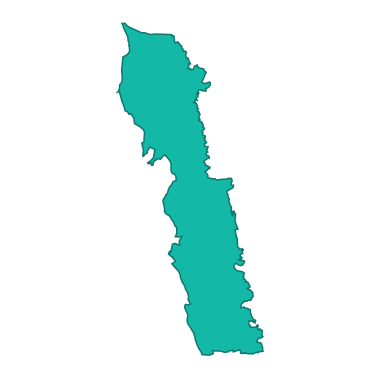 Mitrofani, Vâlcea, Romania, rotated 6°
{"feature_id": "2599482B9643325604884", "entity_name": "Mitrofani", "entity_type": "district", "adm_level": 2, "iso_a3": "ROU", "parent_name": "Romania", "parent_adm1": "Vâlcea", "projection": "orthographic", "projection_center": [24.201, 44.748], "detail": "fine", "context": "isolated", "style": "filled", "palette": "teal", "viewbox_px": 384, "rotation_deg": 6, "n_neighbors": 0, "source": "geoboundaries", "source_scale": "gbopen_adm2", "svg_char_len": 6075}
<svg xmlns="http://www.w3.org/2000/svg" viewBox="0 0 384 384"><g transform="rotate(6 192 192)"><path d="M270.3,345.9L273.4,344.6L274.6,344.8L274.5,344.2L274.9,344.0L279.3,343.0L279.2,342.4L278.7,342.1L278.4,338.8L277.3,337.2L277.2,336.1L276.1,334.8L274.1,334.6L273.5,335.0L272.1,334.3L273.2,330.7L274.0,330.0L275.6,330.3L276.3,329.2L277.1,329.1L277.5,328.4L277.0,328.2L276.4,325.7L276.4,322.5L275.7,322.6L274.4,321.2L273.2,321.3L273.0,322.0L271.6,321.5L271.7,320.9L271.2,319.9L271.9,318.5L271.2,317.3L270.3,318.1L269.8,319.7L269.1,320.0L264.1,320.3L263.7,318.4L262.5,318.3L262.2,317.8L262.1,314.1L264.7,314.4L265.8,314.0L266.9,315.3L268.1,314.8L268.4,315.3L268.7,313.3L268.3,312.8L266.5,312.7L265.3,310.6L264.3,309.6L262.4,304.9L262.3,303.0L258.4,301.8L256.7,301.9L255.9,301.0L252.6,301.9L252.0,300.9L252.9,299.4L252.9,298.3L254.5,296.5L254.9,295.4L256.2,295.4L256.9,294.7L257.9,294.9L257.9,294.6L261.2,293.1L261.4,293.6L262.2,292.9L262.3,291.3L263.8,289.5L262.9,285.7L260.1,283.3L259.2,283.3L258.1,282.3L257.2,282.7L256.8,282.0L257.9,281.7L259.6,280.4L259.2,278.9L258.3,278.5L257.9,276.9L256.6,275.8L254.6,276.1L255.1,274.9L254.6,274.1L252.9,273.3L252.9,272.3L251.8,271.5L252.3,269.5L251.8,268.1L252.5,267.5L252.0,266.7L249.9,266.0L244.9,265.6L242.4,263.3L241.3,261.7L241.4,260.8L242.6,258.8L243.2,258.3L246.5,260.0L248.1,260.1L250.0,259.4L251.4,256.3L251.6,255.3L249.0,254.7L248.1,255.1L245.6,254.5L248.0,253.4L248.6,252.4L248.2,251.5L246.9,251.7L247.0,251.2L246.4,250.4L246.8,249.3L247.4,248.9L247.8,248.1L248.8,247.8L248.1,245.7L249.0,244.6L248.9,244.1L248.2,243.3L247.5,244.2L246.7,243.4L245.8,244.2L243.0,241.4L242.6,239.8L242.7,238.3L241.8,233.2L240.4,231.9L240.8,230.9L240.1,229.6L238.7,225.0L241.6,224.2L237.8,216.6L237.7,209.6L236.7,208.3L235.7,207.9L236.1,207.4L235.6,206.6L234.7,206.8L234.5,207.4L235.5,210.8L235.2,211.3L234.6,211.1L233.0,207.1L232.8,203.0L230.8,200.3L229.6,196.8L229.9,195.2L228.4,193.2L228.0,191.8L228.2,190.9L227.0,189.9L226.6,188.6L227.1,187.4L229.0,185.7L231.8,183.9L232.6,182.7L232.6,180.9L231.3,181.0L230.0,180.5L230.0,178.3L230.7,177.5L230.8,176.9L229.8,174.4L227.2,174.5L224.6,175.6L218.2,176.7L216.2,177.5L215.1,177.5L213.4,176.5L210.8,176.7L206.3,176.1L206.1,174.2L205.5,172.8L202.9,170.6L203.3,169.8L204.7,168.9L205.9,167.2L207.1,166.6L207.4,165.9L207.0,165.3L206.0,165.3L204.9,164.4L202.6,164.1L202.6,163.1L202.1,162.2L200.9,161.3L200.9,160.0L201.3,159.3L204.1,157.0L205.5,156.5L205.7,155.9L205.2,154.9L204.4,154.3L203.6,154.6L202.2,153.1L202.5,151.0L203.4,150.5L202.1,149.4L202.9,147.5L203.2,145.3L201.0,145.4L199.6,144.6L199.7,144.0L199.3,143.5L199.5,142.4L200.9,141.8L201.3,141.0L199.3,139.4L199.5,138.5L199.3,137.6L198.2,137.1L199.5,135.9L199.4,134.9L196.8,134.3L196.3,133.4L196.8,131.9L195.7,130.8L195.9,130.1L197.4,128.7L197.7,127.3L196.1,126.5L196.3,124.5L195.8,124.0L195.8,123.5L195.2,123.1L195.0,122.2L194.1,121.8L193.6,120.8L191.3,120.4L191.5,119.7L192.3,118.6L190.8,116.7L190.9,115.9L191.6,114.9L191.8,113.7L190.9,112.9L190.8,111.7L189.0,111.4L189.3,109.6L189.7,108.8L187.8,107.5L188.6,106.2L186.9,103.3L185.9,102.5L184.7,103.2L184.2,102.8L185.3,102.0L185.5,101.2L185.2,100.6L185.5,100.0L187.5,100.2L186.1,98.1L187.9,96.6L187.9,94.7L187.5,94.4L186.8,94.7L186.3,94.1L186.9,92.9L188.0,93.2L188.5,93.0L187.8,91.9L187.7,90.7L188.3,89.6L190.4,89.5L190.6,90.1L195.3,90.2L195.3,88.9L194.8,87.9L197.4,86.3L198.9,83.9L198.7,81.4L198.1,80.8L193.2,82.9L190.0,81.9L191.6,77.9L192.8,73.5L193.7,71.4L192.4,70.8L190.9,69.1L190.7,68.4L186.1,67.9L184.5,66.6L183.9,65.1L181.3,66.7L180.7,69.6L178.5,70.6L177.4,69.3L175.9,69.8L174.7,69.4L175.2,68.9L175.7,66.2L175.0,65.2L177.1,64.7L175.5,62.5L174.3,59.5L173.7,59.1L172.7,59.7L172.2,59.4L171.3,55.9L171.9,53.5L170.4,52.5L168.5,52.9L167.9,50.5L166.8,49.7L166.2,47.6L165.1,47.5L163.8,45.5L162.9,45.1L162.2,44.2L159.8,45.4L158.7,43.9L158.8,42.8L158.0,40.9L158.1,39.7L157.6,38.7L157.0,38.8L156.0,38.1L155.5,38.6L155.3,37.9L154.7,37.6L139.7,38.7L133.7,39.8L128.1,38.5L125.6,39.0L111.9,34.5L109.5,33.0L107.8,31.3L104.7,31.7L105.6,32.9L107.4,36.9L111.9,44.3L112.8,48.7L114.0,50.8L113.9,53.0L114.4,53.0L115.2,58.8L113.3,62.1L109.2,65.0L109.3,78.4L110.6,84.8L110.9,89.8L108.9,92.9L109.0,96.9L108.5,98.9L107.6,100.4L109.2,99.6L112.8,108.9L115.9,114.8L116.8,118.1L119.5,119.0L121.4,121.4L123.0,120.5L126.4,124.6L127.6,129.7L128.5,130.4L133.3,132.4L137.2,135.1L137.8,136.2L138.6,138.1L138.7,143.5L139.1,146.9L136.9,148.7L137.8,149.7L137.4,150.6L138.0,151.5L139.4,155.8L139.2,159.7L139.6,161.7L140.0,161.6L141.5,159.0L143.4,157.9L143.4,155.7L145.5,151.8L150.7,153.6L150.0,162.2L147.1,165.7L145.0,167.3L145.1,168.2L146.3,168.4L148.1,167.3L149.0,169.7L149.9,169.7L150.2,169.4L150.8,166.1L151.6,164.7L152.6,164.3L153.6,163.1L155.4,162.3L157.1,162.9L159.3,159.5L161.0,157.9L163.3,159.7L167.1,163.8L168.2,166.0L168.9,172.9L170.3,175.5L173.1,176.3L174.1,177.7L174.9,180.3L174.8,182.4L172.2,183.5L170.4,187.9L169.7,188.3L168.3,191.8L167.8,195.9L166.3,197.5L165.7,200.0L164.3,202.1L164.1,204.7L164.6,205.5L166.3,210.9L166.9,214.8L169.1,216.8L172.1,218.1L175.0,222.1L176.5,223.4L178.8,227.8L180.6,228.9L181.1,234.6L180.5,237.4L180.1,238.1L183.7,238.2L186.5,237.1L186.2,238.8L185.1,240.3L184.6,242.2L184.5,244.1L185.5,245.6L184.7,246.1L183.1,246.1L181.7,245.1L180.1,245.0L178.0,246.0L177.2,253.6L176.7,254.0L176.2,253.3L175.8,253.5L175.6,254.4L176.2,254.9L175.5,255.2L175.1,256.2L178.6,258.5L179.6,258.5L179.4,259.2L179.8,259.7L182.4,261.9L182.4,262.9L179.5,265.6L187.1,272.5L188.8,275.3L189.5,278.1L191.7,282.7L194.7,286.4L195.7,289.3L198.2,292.6L199.6,296.6L199.3,299.0L200.9,301.9L202.3,303.4L200.1,304.6L197.4,304.5L196.9,305.3L196.7,306.9L197.5,309.1L200.6,314.3L200.6,320.6L201.9,323.9L203.6,325.7L208.2,331.8L210.5,337.0L210.6,338.2L213.2,343.7L215.2,347.0L218.2,350.8L218.9,352.7L226.5,352.4L230.1,350.5L228.9,347.9L237.0,347.2L241.2,348.0L245.0,347.1L246.2,345.6L247.8,345.8L249.3,345.0L249.8,346.7L255.7,344.0L256.8,345.1L257.2,347.3L258.6,347.4L260.3,347.0L260.2,346.6L261.9,346.5L262.0,346.8L265.9,347.0L267.8,346.3L268.9,346.9L270.3,345.9Z" fill="#14b8a6" stroke="#0f766e" stroke-width="1.5"/></g></svg>